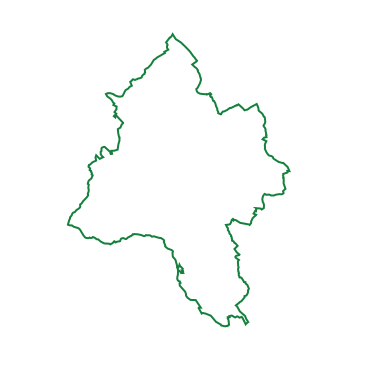 the district of Zalau, Salaj, Romania, rotated 43°
{"feature_id": "2599482B75306965992647", "entity_name": "Zalau", "entity_type": "district", "adm_level": 2, "iso_a3": "ROU", "parent_name": "Romania", "parent_adm1": "Salaj", "projection": "natural_earth1", "projection_center": [23.08, 47.176], "detail": "fine", "context": "isolated", "style": "outline", "palette": "green", "viewbox_px": 384, "rotation_deg": 43, "n_neighbors": 0, "source": "geoboundaries", "source_scale": "gbopen_adm2", "svg_char_len": 6010}
<svg xmlns="http://www.w3.org/2000/svg" viewBox="0 0 384 384"><g transform="rotate(43 192 192)"><path d="M176.9,267.3L177.0,266.2L177.6,265.4L177.6,263.1L178.2,263.0L178.5,262.1L181.4,259.8L184.2,258.1L187.1,257.0L187.7,255.7L187.7,255.0L189.2,253.9L190.1,252.8L191.8,252.1L193.2,252.0L194.2,250.5L199.2,248.0L200.8,246.8L204.0,246.3L205.2,246.9L205.5,247.8L208.8,249.2L209.3,250.0L209.9,250.1L212.6,250.0L216.6,248.4L217.9,248.2L218.8,248.7L219.0,249.5L219.9,250.4L221.6,252.0L222.6,252.5L225.7,252.8L226.5,253.1L231.5,256.2L232.3,257.2L233.0,257.5L233.7,257.0L233.2,255.4L232.4,253.7L234.1,254.4L235.1,254.2L237.5,254.4L237.7,254.9L239.1,255.8L238.3,256.3L240.8,257.2L239.3,258.7L238.3,258.3L234.7,258.5L235.5,259.1L238.0,262.0L239.1,263.9L240.4,265.6L241.7,266.2L243.1,266.3L243.9,265.7L245.6,266.3L245.3,267.4L246.9,268.8L255.1,269.6L257.1,270.7L258.4,271.9L260.9,272.4L264.6,271.9L268.4,268.5L277.3,270.6L275.9,271.9L275.9,272.3L282.0,274.3L282.2,273.3L282.6,273.0L285.0,271.6L290.2,269.6L298.1,270.6L303.5,269.3L304.3,269.7L307.5,267.9L308.2,267.3L308.4,266.5L309.2,266.1L309.2,265.3L309.7,264.8L309.7,263.9L306.1,260.8L304.4,260.1L304.6,259.7L303.6,259.1L304.8,257.9L303.9,257.4L304.5,256.4L305.4,255.2L309.0,254.4L309.3,254.0L309.7,252.4L310.2,251.9L312.5,251.5L313.5,249.4L315.0,249.7L321.5,252.1L321.4,251.5L321.8,248.8L317.8,247.7L315.5,246.5L308.4,246.7L303.6,245.1L301.4,245.0L302.0,241.3L301.9,240.5L302.6,238.0L302.3,233.2L301.4,232.4L302.4,230.5L301.7,227.8L300.6,226.2L300.0,225.8L299.8,224.5L299.5,223.9L295.9,222.2L293.6,222.4L292.6,221.5L291.4,222.4L289.6,221.7L286.7,221.0L285.9,221.3L285.5,221.9L284.9,222.0L284.8,221.6L283.1,221.1L282.0,220.0L281.8,219.3L281.2,219.3L280.6,218.6L279.8,218.4L279.3,217.7L278.2,217.0L277.5,215.3L276.7,215.0L273.8,212.4L272.7,211.0L272.7,209.7L269.2,210.2L268.4,210.2L267.8,209.6L267.9,208.5L269.5,205.9L269.4,205.4L265.8,205.6L261.9,204.7L262.1,200.3L258.8,199.9L257.5,200.3L256.1,199.7L254.5,200.3L253.7,199.2L253.0,199.1L251.8,197.9L250.7,197.8L250.3,197.1L247.5,196.7L246.4,195.8L244.1,195.3L243.0,194.0L241.6,193.8L239.3,192.9L241.3,190.5L241.7,189.5L241.3,187.6L240.2,185.5L240.4,185.3L240.2,184.1L240.3,183.7L240.9,183.7L241.8,184.3L241.9,183.6L243.2,182.7L248.3,181.7L255.8,176.9L256.6,176.8L256.4,174.5L255.3,173.1L254.2,169.7L254.3,167.3L254.6,165.9L254.5,164.9L251.8,165.8L251.1,162.5L251.8,162.3L250.7,161.0L250.8,160.0L249.9,160.1L253.6,157.2L254.9,157.3L255.5,154.8L253.5,152.4L252.1,151.5L250.7,151.1L248.3,149.3L246.9,147.0L246.4,144.8L246.5,143.8L248.2,143.4L250.1,141.4L251.2,140.8L252.1,140.7L254.3,138.7L254.6,137.7L256.0,135.7L257.3,134.0L258.9,132.8L259.6,131.7L259.7,130.3L258.1,129.4L258.1,126.8L258.3,126.2L258.0,125.8L253.2,123.3L250.3,120.0L249.1,119.6L249.2,119.0L247.5,118.0L247.1,117.5L247.0,117.0L246.4,116.5L248.5,112.7L248.4,112.2L247.4,111.6L249.0,110.3L244.9,108.5L240.6,108.5L238.9,108.5L238.5,109.0L234.9,110.9L229.7,111.9L228.6,112.0L227.3,111.3L225.7,111.5L223.6,112.7L222.5,112.8L219.7,112.3L216.7,111.1L215.7,110.6L215.1,109.6L213.5,108.3L212.7,107.2L211.7,104.1L207.7,105.3L207.7,103.0L209.1,101.1L207.4,99.9L207.6,99.6L203.5,96.7L203.3,96.2L202.0,95.5L199.3,94.9L198.9,94.5L198.6,92.4L197.8,90.8L195.3,88.5L193.7,87.6L193.1,87.9L190.1,86.8L185.3,87.0L182.8,85.0L179.3,83.5L177.0,90.3L176.4,93.8L174.7,96.4L172.3,96.1L166.2,96.2L165.8,98.1L165.4,98.1L163.3,103.8L162.4,104.6L161.7,108.2L160.6,111.1L159.7,112.1L159.8,114.2L160.3,115.2L160.0,115.6L157.4,116.5L156.5,115.5L154.5,114.8L153.8,113.9L151.0,112.8L148.5,111.2L146.0,110.4L145.2,110.9L142.1,109.1L141.0,109.7L140.3,109.2L139.8,109.4L139.1,108.8L139.3,107.4L137.9,107.3L136.4,110.6L135.8,110.5L134.9,111.6L130.7,114.7L128.1,115.3L126.3,114.8L124.9,113.7L125.1,112.1L123.7,107.1L122.2,104.0L120.7,102.7L120.5,102.8L116.8,100.5L114.2,99.9L113.7,99.5L113.6,99.1L112.9,98.8L110.5,98.4L109.1,98.7L105.2,98.6L106.3,93.3L106.1,92.5L104.4,92.5L102.4,91.9L100.3,91.8L94.8,90.7L89.0,90.3L81.9,90.2L76.0,91.3L70.2,89.8L70.8,91.9L70.8,93.9L70.4,94.2L71.0,100.2L73.8,101.0L74.2,102.3L75.0,103.2L75.7,103.7L77.6,104.1L76.2,108.4L77.4,108.7L74.7,117.6L74.5,119.7L74.0,121.4L75.1,126.7L75.1,129.1L75.1,131.1L74.3,133.1L74.2,134.9L76.3,136.7L76.2,137.3L76.7,138.0L76.3,139.4L76.3,140.9L77.0,142.6L76.4,144.1L74.9,146.3L74.9,146.9L73.8,149.0L72.0,149.8L71.8,150.2L72.0,151.7L71.7,153.6L75.5,155.3L74.7,157.7L74.8,160.2L74.0,162.5L74.1,163.6L75.5,168.2L75.7,169.4L74.7,171.0L72.8,172.6L69.6,173.9L67.6,174.1L64.6,175.6L62.8,177.5L62.2,179.0L64.9,179.9L68.5,179.4L70.7,179.5L73.4,180.4L74.8,180.2L75.2,182.0L78.6,180.9L79.5,182.2L80.3,182.8L80.8,186.4L83.3,186.4L83.1,189.8L85.0,189.8L84.4,188.5L84.3,187.7L94.4,188.4L94.7,188.7L94.5,190.5L95.7,193.7L94.9,196.6L98.2,199.5L101.4,201.7L101.8,201.5L104.1,204.2L105.5,207.1L108.7,211.7L107.0,214.8L105.0,216.8L107.5,218.6L106.7,219.6L106.2,219.5L105.0,218.5L97.4,218.6L96.9,218.9L95.9,221.0L96.0,221.8L97.9,223.9L97.8,224.9L99.5,226.6L101.1,227.1L103.3,227.1L101.9,230.7L96.9,230.5L97.9,232.6L100.5,234.4L98.9,238.2L98.8,241.3L98.2,242.5L98.7,243.0L98.7,243.7L99.3,244.2L101.4,244.2L102.2,245.8L103.7,245.4L104.3,246.2L104.9,246.0L106.3,246.8L106.7,247.7L108.0,247.5L109.2,250.8L108.8,253.3L108.9,254.7L110.2,257.1L111.4,257.0L113.4,259.8L115.1,260.9L115.7,261.7L116.4,262.8L116.9,264.3L118.1,265.1L118.4,265.7L118.7,267.8L118.6,273.1L119.1,275.6L118.7,277.4L120.3,279.0L120.6,280.0L120.4,281.9L119.8,283.9L120.0,286.7L119.2,288.0L119.2,289.4L120.0,291.4L120.1,293.7L120.9,294.7L121.3,296.1L123.5,300.5L125.0,300.0L127.0,298.3L129.1,298.1L133.6,295.9L135.7,295.9L142.4,297.8L144.6,298.1L145.7,297.9L147.4,296.7L148.0,296.0L148.1,295.2L149.4,294.7L150.2,293.5L150.2,292.5L150.4,292.4L152.1,291.8L154.4,291.6L155.8,290.6L159.1,290.5L163.0,289.4L166.3,286.6L167.0,286.1L167.9,286.1L168.8,283.5L168.7,281.2L168.9,280.9L170.3,281.2L170.6,281.0L170.7,280.2L171.6,278.7L172.8,277.3L172.9,276.9L172.0,274.9L172.0,274.4L173.0,272.7L175.5,271.7L176.0,271.1L176.2,268.6L176.9,267.3Z" fill="none" stroke="#15803d" stroke-width="2"/></g></svg>